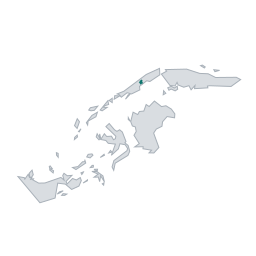 location of Banjarnegara, Jawa Tengah, Indonesia, rotated 137°
{"feature_id": "22746128B31481808975183", "entity_name": "Banjarnegara", "entity_type": "district", "adm_level": 2, "iso_a3": "IDN", "parent_name": "Indonesia", "parent_adm1": "Jawa Tengah", "projection": "orthographic", "projection_center": [109.665, -7.356], "detail": "fine", "context": "in_parent", "style": "filled", "palette": "teal", "viewbox_px": 256, "rotation_deg": 137, "n_neighbors": 0, "source": "geoboundaries", "source_scale": "gbopen_adm2", "svg_char_len": 4380}
<svg xmlns="http://www.w3.org/2000/svg" viewBox="0 0 256 256"><g transform="rotate(137 128 128)"><path d="M87.0,103.7L91.6,109.7L98.5,109.0L102.0,106.1L108.0,107.9L112.7,106.8L118.7,92.7L126.1,92.1L129.6,95.5L125.9,95.7L131.2,102.6L129.7,104.0L136.0,109.6L130.4,108.9L128.6,118.6L124.3,119.9L121.9,123.8L123.4,126.5L121.7,130.8L113.5,136.1L111.7,131.2L108.4,132.3L104.9,129.6L98.7,132.8L97.9,129.3L90.3,129.7L88.9,120.8L85.1,118.4L83.4,112.3L84.1,106.4L87.0,103.7ZM12.6,86.6L24.3,88.1L39.5,103.3L41.3,104.5L42.2,102.9L52.5,111.4L50.0,113.4L55.8,112.9L54.6,117.4L59.4,119.8L62.0,125.3L61.0,127.9L64.9,126.7L68.3,130.5L66.8,144.7L61.0,143.2L60.8,145.2L45.0,131.1L38.3,119.0L32.4,113.0L29.5,105.2L14.2,91.2L12.6,86.6ZM243.4,133.4L241.6,167.5L237.7,162.4L238.3,161.0L232.6,162.2L233.8,158.9L232.3,157.0L232.9,156.8L233.8,157.0L234.3,156.8L231.8,155.3L233.0,155.0L230.9,148.6L226.2,144.4L210.8,137.6L210.3,133.5L208.1,137.8L205.7,138.5L205.0,134.5L201.3,131.6L209.7,131.2L210.8,128.6L203.0,128.9L201.2,125.2L196.7,124.3L198.0,121.4L203.5,119.0L211.1,121.5L212.1,129.7L217.0,135.6L229.1,126.5L243.4,133.4ZM166.2,110.4L160.5,113.8L144.2,112.1L142.2,113.4L141.5,117.7L144.6,122.0L149.3,119.3L158.8,119.4L148.2,124.8L152.9,130.3L152.7,134.0L155.8,138.2L149.2,139.9L149.4,136.4L145.7,133.3L146.6,129.3L144.5,128.8L142.5,130.3L143.2,144.1L138.7,144.1L139.1,135.9L138.4,133.1L135.3,132.4L134.9,128.9L138.7,119.5L140.4,119.3L139.8,115.2L142.6,109.8L146.8,108.0L161.4,111.0L167.3,106.8L166.2,110.4ZM68.5,145.2L80.3,147.1L82.1,149.8L91.2,150.6L93.3,147.8L102.2,150.5L104.6,154.4L111.9,155.1L111.7,158.4L112.7,160.3L105.9,157.7L78.1,154.7L64.3,150.1L68.5,145.2ZM180.6,111.7L185.3,108.1L183.2,112.4L186.4,115.2L181.3,114.6L184.0,120.9L180.4,117.3L179.0,110.1L182.0,104.7L180.6,111.7ZM182.8,131.2L194.4,133.1L195.5,136.9L190.9,133.9L184.3,134.3L182.4,132.7L181.2,134.4L182.8,131.2ZM154.8,160.3L145.8,161.8L139.6,160.4L143.8,158.1L152.4,160.3L155.5,157.7L154.8,160.3ZM129.2,157.3L135.2,158.2L136.1,160.1L124.1,161.7L126.1,158.4L130.2,160.3L131.6,159.6L129.2,157.3ZM165.5,162.4L165.5,166.2L158.8,169.4L159.2,165.7L165.5,162.4ZM68.2,123.0L69.9,127.1L72.3,127.7L71.5,130.3L68.0,129.0L66.9,125.7L63.5,125.0L65.2,122.5L68.2,123.0ZM231.0,162.3L226.9,162.6L229.2,158.4L232.4,157.7L233.3,159.4L231.0,162.3ZM140.6,163.9L143.3,165.8L144.5,167.9L141.7,168.5L135.2,164.6L140.6,163.9ZM176.1,132.0L177.9,135.0L175.1,135.9L172.0,133.6L172.2,132.0L176.1,132.0ZM112.2,157.1L118.5,158.5L115.6,160.7L112.2,157.1ZM122.2,157.4L123.1,161.0L119.3,160.5L122.2,157.4ZM79.6,128.3L76.5,131.0L76.7,127.6L79.6,128.3ZM213.4,146.2L213.9,150.8L212.6,150.9L211.6,147.5L213.4,146.2ZM110.2,150.8L105.3,152.1L103.2,151.3L110.2,150.8ZM157.3,139.1L157.3,143.2L154.5,144.8L155.7,139.4L157.3,139.1ZM21.7,107.7L26.0,109.9L25.5,112.1L21.7,107.7ZM32.4,124.1L30.7,123.3L29.9,120.0L31.2,119.8L32.4,124.1ZM197.2,158.8L196.4,157.1L199.0,154.2L198.8,156.9L197.2,158.8ZM193.6,117.1L198.4,118.4L193.0,117.7L193.6,117.1ZM163.8,124.1L168.4,125.4L163.4,125.1L163.8,124.1ZM155.2,141.0L152.7,143.0L154.9,139.3L155.2,141.0ZM217.8,121.4L220.2,121.9L222.5,124.0L220.3,124.3L217.8,121.4ZM175.1,156.1L173.4,157.5L170.0,157.5L171.0,155.9L175.1,156.1ZM213.0,151.5L211.9,153.5L210.8,153.4L211.1,150.0L213.0,151.5ZM182.6,124.8L179.7,125.1L178.8,124.3L180.1,123.0L182.6,124.8ZM218.2,126.3L221.6,126.9L224.8,127.9L221.7,128.1L218.2,126.3ZM156.2,121.4L159.2,122.9L156.1,123.5L156.2,121.4ZM184.9,104.7L182.9,104.3L184.8,102.8L184.9,104.7ZM162.9,159.5L166.3,158.4L166.6,159.2L162.9,159.5ZM193.5,125.5L193.0,127.3L190.5,126.3L191.7,125.8L193.5,125.5ZM122.0,134.1L120.7,135.4L121.8,131.4L122.0,134.1ZM179.7,117.7L181.3,120.3L180.7,120.7L178.4,118.6L179.7,117.7Z" fill="#d9dde1" stroke="#a8b0b8" stroke-width="1"/><path d="M88.5,151.9L88.4,151.9L88.2,151.8L87.9,151.8L87.7,151.8L87.4,151.9L87.2,151.8L86.9,152.0L86.9,151.9L86.8,152.0L86.7,152.0L86.8,152.3L86.7,152.4L86.7,152.5L86.5,152.8L86.6,153.0L86.4,153.0L86.2,153.2L86.0,153.3L86.0,153.2L86.0,153.3L85.9,153.3L86.0,153.3L85.9,153.4L85.7,153.4L85.7,153.5L85.8,153.6L86.0,153.7L86.3,153.6L86.5,153.5L86.8,153.6L87.0,153.5L87.0,153.4L87.1,153.5L87.2,153.4L87.3,153.5L87.4,153.4L87.5,153.4L87.7,153.2L87.8,153.2L88.0,153.2L87.9,153.0L87.8,152.9L87.7,152.9L87.8,152.8L87.8,152.7L88.0,152.6L88.1,152.4L88.2,152.2L88.3,152.1L88.5,152.0L88.5,151.9L88.5,151.9Z" fill="#14b8a6" stroke="#0f766e" stroke-width="1.5"/></g></svg>